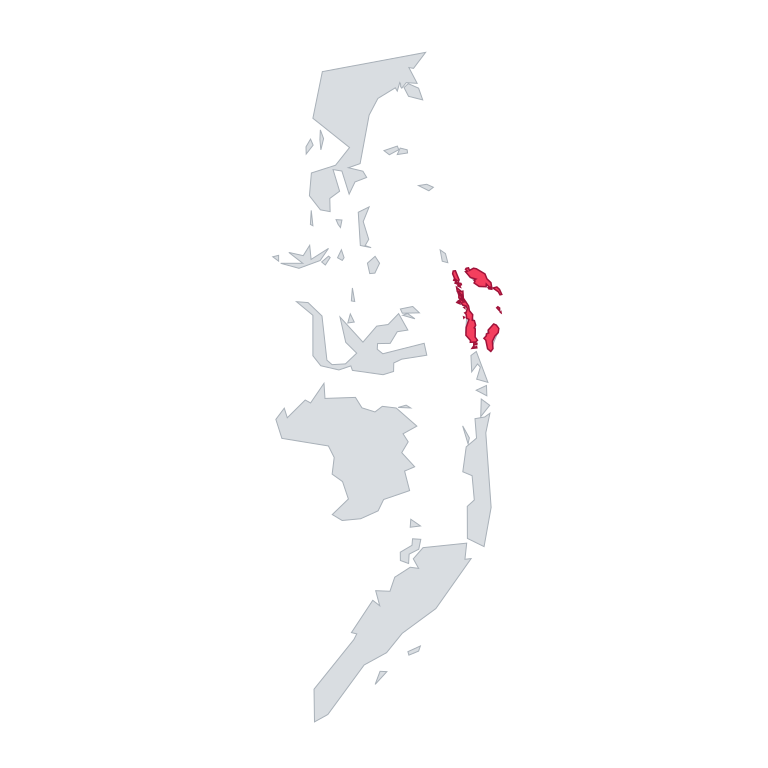 where Nusa Tenggara Timur sits in Indonesia, rotated 259°
{"feature_id": "IDN-1235", "entity_name": "Nusa Tenggara Timur", "entity_type": "Province", "adm_level": 1, "iso_a3": "IDN", "parent_name": "Indonesia", "parent_adm1": "", "projection": "natural_earth1", "projection_center": [122.339, -9.496], "detail": "medium", "context": "in_parent", "style": "filled", "palette": "rose", "viewbox_px": 768, "rotation_deg": 259, "n_neighbors": 0, "source": "natural_earth", "source_scale": "10m", "svg_char_len": 5678}
<svg xmlns="http://www.w3.org/2000/svg" viewBox="0 0 768 768"><g transform="rotate(259 384 384)"><path d="M265.7,308.3L277.9,327.1L296.1,324.7L305.4,315.9L321.4,321.1L333.8,317.6L350.1,273.4L369.9,271.1L379.3,281.5L369.3,282.6L383.3,303.6L379.4,308.3L396.1,325.2L381.1,323.3L376.3,353.4L364.8,357.8L358.3,369.8L362.4,378.1L358.1,391.4L336.4,408.2L331.5,393.2L322.6,396.7L313.2,388.3L296.9,398.3L294.6,387.6L274.5,388.8L270.7,361.6L260.6,354.0L256.2,335.3L258.0,316.9L265.7,308.3ZM65.6,251.3L97.8,257.1L138.9,305.7L143.9,309.6L146.2,304.6L173.8,331.7L167.1,337.5L182.7,336.4L179.4,350.3L192.3,357.7L199.1,374.8L196.4,382.8L206.8,379.4L215.9,391.1L212.0,434.8L196.5,430.0L196.0,436.2L153.7,392.1L135.8,354.3L119.8,335.3L112.0,310.9L70.3,265.8L65.6,251.3ZM702.4,383.1L701.6,488.1L688.2,473.2L689.9,468.8L672.8,473.9L675.6,463.4L671.0,457.9L672.6,457.1L675.3,457.5L676.9,457.0L669.0,452.9L672.6,451.6L665.5,432.5L650.8,420.7L604.9,402.6L603.1,390.3L596.9,403.9L590.1,406.4L587.9,394.1L577.0,386.0L601.1,383.3L604.2,374.9L581.7,377.2L576.5,366.2L563.5,364.0L567.1,354.8L583.0,346.7L605.0,353.0L608.0,378.2L622.7,395.3L658.4,364.9L702.4,383.1ZM478.4,325.0L462.6,336.1L418.3,332.5L412.9,336.7L411.1,350.0L419.5,363.1L432.2,354.4L458.1,353.6L429.1,371.3L442.2,387.9L441.6,399.4L450.3,411.8L432.4,417.7L432.8,407.0L422.7,397.8L424.9,385.4L419.4,384.0L413.9,388.6L416.3,431.2L404.1,431.5L405.0,406.1L402.8,397.6L394.5,395.8L393.3,384.9L403.4,355.6L408.1,354.9L406.4,342.4L414.0,325.4L425.3,319.6L465.0,327.3L481.5,313.8L478.4,325.0ZM216.5,436.4L248.0,442.4L252.9,450.5L277.2,453.0L282.8,444.6L306.6,452.7L313.2,464.5L332.6,466.7L332.4,476.6L335.1,482.4L316.6,474.6L242.4,465.6L205.3,451.2L216.5,436.4ZM518.0,327.3L531.3,315.7L525.4,329.2L534.3,337.5L520.2,336.2L527.7,355.4L517.4,344.9L513.8,322.6L522.2,305.6L518.0,327.3ZM524.5,387.2L557.5,391.5L560.7,403.2L547.4,394.6L528.9,396.6L523.5,391.9L520.3,397.4L524.5,387.2ZM449.0,479.9L424.7,485.1L407.7,481.3L418.8,473.9L442.6,480.2L450.9,471.7L449.0,479.9ZM379.2,472.4L395.4,474.8L398.3,480.8L365.8,486.3L371.0,475.9L382.2,481.8L385.8,479.6L379.2,472.4ZM478.7,485.2L479.2,496.9L460.9,507.3L461.9,496.1L478.7,485.2ZM215.8,367.9L220.3,380.7L226.6,382.5L224.5,390.5L215.2,386.6L212.2,376.2L203.1,373.9L207.6,366.4L215.8,367.9ZM667.8,474.4L655.5,476.2L661.7,463.0L671.2,460.2L674.2,465.1L667.8,474.4ZM410.5,492.2L418.1,497.8L421.5,504.0L413.9,506.2L395.9,494.5L410.5,492.2ZM505.8,390.8L511.0,399.6L503.4,402.7L494.6,396.2L495.1,391.1L505.8,390.8ZM333.5,472.7L350.7,476.6L342.9,483.7L333.5,472.7ZM360.3,473.3L363.0,484.3L352.8,482.7L360.3,473.3ZM246.1,384.5L237.7,392.7L238.4,382.4L246.1,384.5ZM613.1,428.5L615.0,442.5L611.2,443.2L608.0,433.0L613.1,428.5ZM327.9,453.2L314.8,457.5L309.2,455.1L327.9,453.2ZM454.5,414.4L454.6,427.0L447.1,432.3L450.0,415.5L454.5,414.4ZM90.8,318.0L102.7,325.3L101.1,331.9L90.8,318.0ZM119.9,369.7L115.2,367.0L113.1,356.7L116.7,356.4L119.9,369.7ZM567.7,470.0L565.1,464.9L572.2,455.7L571.9,464.0L567.7,470.0ZM554.7,342.2L568.3,345.7L552.9,344.4L554.7,342.2ZM471.8,367.8L484.3,371.3L470.6,371.0L471.8,367.8ZM448.7,420.6L442.1,426.8L447.9,415.5L448.7,420.6ZM624.6,351.5L631.7,352.7L638.4,358.6L632.0,360.0L624.6,351.5ZM504.9,464.7L500.3,469.2L490.9,469.8L493.4,464.6L504.9,464.7ZM612.5,444.9L609.5,451.4L606.3,451.2L606.7,440.8L612.5,444.9ZM523.9,367.8L515.6,368.9L513.3,366.6L516.8,362.5L523.9,367.8ZM625.9,366.7L636.0,367.7L645.6,370.0L636.4,371.5L625.9,366.7ZM450.8,360.1L459.2,364.3L450.5,366.6L450.8,360.1ZM530.4,305.1L524.7,304.0L530.1,299.1L530.4,305.1ZM471.2,476.7L480.5,472.9L481.6,475.3L471.2,476.7ZM554.5,368.3L553.0,374.0L545.9,371.1L549.5,369.4L554.5,368.3ZM359.0,401.7L355.4,405.6L358.3,393.4L359.0,401.7ZM515.7,346.1L520.1,354.0L518.4,355.3L512.0,349.1L515.7,346.1Z" fill="#d9dde1" stroke="#a8b0b8" stroke-width="1"/><path d="M452.4,474.7L450.6,477.4L449.3,477.1L449.3,479.9L444.4,481.9L439.7,481.8L435.1,484.3L429.7,482.8L429.0,484.8L424.2,485.2L421.9,483.2L420.7,484.1L412.7,482.4L409.1,484.1L407.7,482.0L408.5,476.7L410.2,477.2L416.2,473.7L423.9,475.5L431.2,479.7L432.9,477.6L436.6,478.0L438.4,476.9L438.7,478.3L442.1,480.2L444.8,479.6L446.4,476.4L450.4,474.6L451.2,473.1L448.4,473.6L450.1,471.1L452.4,474.7ZM469.5,494.2L472.1,489.1L478.7,485.5L478.8,487.4L481.0,485.9L481.9,486.8L481.9,489.1L479.2,489.6L480.6,494.0L479.5,496.6L472.8,504.1L467.6,505.1L463.1,508.3L458.5,508.2L459.2,505.7L462.6,503.5L460.0,502.8L461.6,496.0L466.0,491.7L467.6,493.0L468.8,492.3L469.5,494.2ZM417.0,496.5L422.0,503.1L420.4,505.5L416.6,507.3L412.6,505.9L409.9,502.0L405.3,498.6L397.9,497.7L395.6,495.1L398.8,492.4L407.6,492.3L409.8,490.8L411.7,493.6L413.6,494.1L414.1,496.5L417.0,496.5ZM481.7,473.5L481.5,475.7L471.9,477.6L470.5,476.7L473.5,473.7L471.4,474.3L472.5,472.2L474.3,473.4L479.1,472.4L481.7,473.5ZM464.9,473.7L460.0,477.6L460.1,479.1L455.2,478.5L458.8,475.7L457.2,475.1L457.8,474.3L459.9,474.0L459.2,475.7L460.2,476.0L460.9,473.6L464.9,473.7ZM457.4,509.3L457.7,513.3L454.9,515.4L449.5,516.7L449.4,514.9L452.7,513.8L457.4,509.3ZM470.2,473.6L468.0,478.7L466.7,478.9L466.2,477.0L464.6,477.4L466.2,475.1L467.4,476.2L469.5,473.0L470.2,473.6ZM456.9,474.4L456.0,476.5L452.3,476.3L454.2,473.9L456.9,474.4ZM437.3,509.2L438.1,510.5L436.5,512.0L433.8,511.4L437.3,509.2ZM402.2,477.2L404.4,479.5L402.8,479.6L403.0,482.0L401.8,482.0L402.2,477.2ZM452.0,477.3L454.3,477.7L450.4,479.4L452.0,477.3ZM458.5,504.7L457.7,507.7L456.5,507.8L457.4,505.1L458.5,504.7ZM405.3,479.6L407.5,480.1L406.2,483.0L405.0,482.6L405.3,479.6ZM443.0,477.8L443.8,477.2L443.8,477.9L443.0,477.8ZM433.6,475.0L434.6,475.0L434.1,475.7L433.6,475.0ZM432.1,512.0L432.5,512.5L431.6,512.5L432.1,512.0Z" fill="#f43f5e" stroke="#9f1239" stroke-width="1.5"/></g></svg>